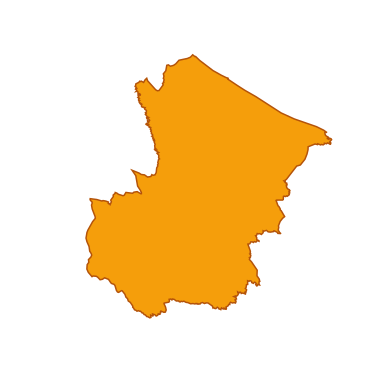 Lamae, Chumphon, Thailand, rotated 307°
{"feature_id": "78962969B32380434667170", "entity_name": "Lamae", "entity_type": "district", "adm_level": 2, "iso_a3": "THA", "parent_name": "Thailand", "parent_adm1": "Chumphon", "projection": "equal_earth", "projection_center": [99.012, 9.761], "detail": "fine", "context": "isolated", "style": "filled", "palette": "amber", "viewbox_px": 384, "rotation_deg": 307, "n_neighbors": 0, "source": "geoboundaries", "source_scale": "gbopen_adm2", "svg_char_len": 6034}
<svg xmlns="http://www.w3.org/2000/svg" viewBox="0 0 384 384"><g transform="rotate(307 192 192)"><path d="M301.9,112.9L302.0,110.0L298.7,109.6L295.8,107.9L289.4,102.3L284.5,101.9L282.0,101.0L279.5,99.1L279.3,96.6L278.0,95.6L273.1,98.1L269.1,98.0L267.6,99.9L265.4,100.8L265.2,101.8L264.6,102.3L262.7,103.0L262.5,103.5L261.0,103.1L260.2,104.5L253.2,104.6L252.0,103.4L251.8,101.4L254.1,89.6L255.6,87.4L253.5,87.0L250.4,87.4L250.0,84.8L249.3,84.6L249.1,83.6L247.5,83.5L244.6,82.1L242.4,83.2L242.4,82.4L242.0,83.3L242.1,84.6L240.5,84.9L240.9,85.4L240.2,85.3L240.3,86.1L239.8,86.9L238.6,86.8L239.3,87.4L239.4,88.6L237.6,90.1L238.3,90.0L238.8,90.7L238.2,91.0L238.9,91.5L238.7,92.2L238.2,92.4L237.5,91.3L236.8,91.2L235.5,92.5L234.9,92.1L234.8,93.8L234.1,93.5L233.2,94.0L233.0,94.4L233.4,95.2L232.6,95.2L231.9,95.8L231.9,98.5L231.3,97.9L231.2,99.3L230.2,99.9L229.8,101.1L230.7,102.5L230.4,103.2L231.0,103.8L230.1,103.9L229.7,104.5L229.7,106.5L228.3,107.5L227.3,107.1L227.0,108.3L226.0,108.0L225.2,111.1L225.4,112.1L224.1,111.0L223.7,111.4L224.2,113.1L223.8,115.0L222.2,115.2L222.4,113.4L221.6,114.1L221.1,115.5L220.2,115.1L219.7,115.6L219.4,114.4L218.9,114.4L219.4,116.3L218.4,115.5L218.7,118.7L217.9,119.0L218.6,120.3L216.9,121.1L216.9,122.3L215.7,122.5L215.4,123.6L214.2,124.4L214.1,125.9L213.3,126.6L212.5,126.4L212.7,127.1L212.2,127.2L212.0,128.3L210.9,128.7L211.4,129.9L210.9,130.7L210.5,130.1L210.0,130.2L209.8,131.6L209.2,131.7L207.7,134.0L206.7,134.2L205.0,135.8L204.8,137.1L204.5,137.1L204.5,136.5L203.6,136.3L203.1,137.9L204.3,138.6L203.3,139.5L203.5,141.6L201.9,140.7L201.4,143.3L199.3,144.7L198.9,146.1L197.9,145.7L194.9,147.0L194.4,147.9L192.8,148.2L192.3,149.0L190.0,149.3L186.0,151.7L183.4,152.1L181.8,150.7L181.7,149.5L179.6,149.8L177.2,147.5L177.1,143.8L175.4,140.8L175.3,138.5L173.3,131.1L171.2,137.3L164.0,145.0L162.3,149.6L161.2,151.8L160.2,152.6L159.8,152.2L159.3,148.0L156.9,145.7L155.2,145.3L151.9,139.5L148.5,139.8L147.5,139.1L145.9,134.7L145.9,132.7L145.4,131.0L144.6,131.4L142.1,130.9L141.0,131.9L136.6,132.0L135.7,133.5L132.6,134.2L132.9,133.0L132.5,132.7L132.5,131.9L133.7,131.3L132.9,128.7L131.6,126.1L130.6,125.5L128.7,120.5L125.4,114.7L124.7,115.1L124.2,115.9L123.9,118.1L123.0,119.0L121.1,119.6L118.4,122.5L114.0,129.5L112.8,130.6L108.4,130.5L98.9,131.8L96.4,132.5L91.4,135.1L89.1,138.0L86.5,142.6L83.2,145.9L82.1,148.7L81.2,149.9L79.2,150.4L75.7,150.0L73.7,151.9L70.9,152.0L67.2,154.4L65.4,157.6L64.2,163.1L65.4,163.6L67.1,166.3L67.2,168.0L66.6,171.4L68.4,173.0L70.9,173.9L72.0,177.9L70.6,181.9L70.6,183.2L71.3,185.1L71.0,186.7L67.9,190.9L67.3,192.7L67.7,193.8L70.8,195.1L71.1,195.7L69.9,200.1L68.3,202.4L68.0,204.7L66.6,206.7L66.7,209.1L65.9,211.5L65.2,213.4L64.3,214.0L64.1,215.3L63.3,217.0L63.8,218.4L63.7,219.8L65.0,220.6L65.1,221.6L65.8,222.7L65.4,224.9L65.9,225.5L65.3,227.6L65.8,228.7L65.3,230.8L65.8,231.6L66.1,234.0L67.1,234.7L68.8,233.1L69.3,235.2L69.8,235.4L70.9,234.0L71.6,236.2L71.4,238.0L72.8,238.8L74.4,238.4L74.6,239.5L75.2,240.0L75.9,239.5L76.8,239.7L77.3,238.9L78.2,238.8L79.0,242.0L80.1,243.0L82.2,242.4L84.2,240.1L86.0,236.8L86.5,236.6L90.1,239.8L91.3,239.7L92.5,238.3L93.7,239.4L93.7,240.9L94.7,240.7L95.5,242.3L95.5,245.0L97.0,247.0L96.7,247.7L97.0,248.7L98.2,249.1L98.7,250.4L99.9,251.2L100.3,253.7L101.2,255.3L101.9,258.2L103.5,259.9L104.4,261.8L105.3,262.2L105.6,263.4L106.0,263.3L106.2,264.5L106.7,264.7L107.3,265.8L108.7,265.9L110.1,267.0L110.4,269.0L112.1,270.2L113.0,271.6L113.2,276.9L112.0,278.6L112.6,278.8L112.6,280.0L113.2,281.2L115.2,281.5L115.3,282.7L114.8,284.1L115.3,284.8L115.4,285.8L117.2,285.3L117.3,287.2L117.9,288.0L118.5,287.5L118.8,288.6L118.5,289.1L118.9,289.8L119.8,289.5L120.6,288.4L122.7,289.3L124.3,289.0L124.9,289.9L125.9,289.1L127.1,289.1L127.7,291.1L129.2,292.4L129.3,293.4L129.9,293.5L131.4,292.8L131.5,291.7L132.0,291.2L133.3,291.9L133.9,291.1L134.2,290.4L133.7,288.4L135.3,289.4L135.6,290.2L136.8,290.6L139.0,290.3L139.2,289.1L139.7,288.6L139.8,290.3L140.7,290.4L141.2,291.1L140.6,292.4L141.4,292.8L142.1,294.0L142.8,296.7L142.9,295.0L144.0,295.4L144.0,294.6L145.6,295.0L146.8,294.4L147.1,292.6L148.2,292.7L150.8,291.3L151.7,292.1L154.6,289.8L155.0,291.3L156.0,291.6L156.4,292.5L156.3,293.5L155.6,294.2L156.0,296.0L157.6,296.2L157.9,297.1L157.4,298.6L156.5,298.5L155.9,300.1L156.3,300.5L157.7,300.3L158.4,301.9L159.1,300.6L160.9,299.5L161.4,299.9L162.9,298.1L164.2,294.3L168.8,291.1L172.1,281.4L172.6,278.5L173.7,278.1L174.2,277.3L175.0,277.9L176.9,277.0L177.3,275.4L178.1,275.8L178.8,274.8L179.8,274.3L184.0,268.0L185.4,269.3L187.6,269.0L188.5,270.3L188.6,271.4L189.9,271.6L190.5,273.2L192.5,273.4L193.0,275.1L193.4,274.7L192.9,272.3L194.4,271.3L195.4,269.1L196.0,269.7L198.1,269.1L198.4,270.1L199.5,271.1L199.9,273.0L202.3,273.3L203.8,272.2L203.9,272.9L206.2,274.6L206.0,276.8L207.2,278.8L209.5,281.0L210.0,280.7L210.5,281.1L211.1,284.2L210.6,285.5L212.0,287.6L212.3,287.6L212.4,286.4L213.5,283.7L215.9,282.6L217.0,281.4L221.6,280.1L225.6,280.2L228.1,280.8L230.7,274.6L230.8,273.4L231.8,272.3L232.7,270.1L232.8,268.9L235.9,264.2L236.5,264.5L240.1,269.2L240.9,269.4L243.5,267.7L244.1,268.0L244.7,269.5L245.8,269.9L246.0,270.7L248.4,271.3L249.0,270.4L250.1,270.6L250.5,268.8L250.7,269.5L251.0,269.1L251.9,269.5L252.4,268.4L252.1,266.9L252.5,265.0L254.1,263.3L254.4,263.7L255.3,263.3L255.5,262.3L256.0,262.3L255.7,260.7L256.2,259.1L256.6,260.0L257.6,259.3L258.8,259.8L275.7,260.0L278.8,262.3L286.1,262.5L291.5,261.0L295.6,259.2L298.0,257.5L304.4,261.4L305.4,263.7L306.2,263.4L307.0,266.4L307.8,266.7L308.6,268.4L309.9,268.8L310.6,268.4L311.5,270.4L312.7,270.6L313.0,271.9L313.4,272.0L313.1,273.0L313.5,273.8L314.7,273.4L315.0,271.8L317.8,272.0L318.2,271.1L317.8,269.5L316.4,269.6L316.1,267.9L316.4,267.7L317.2,268.3L317.8,267.8L317.5,265.6L317.8,264.1L319.5,262.2L320.2,262.2L320.7,264.1L320.6,259.9L319.1,252.1L311.9,229.7L308.8,215.7L306.6,185.6L305.0,172.9L304.3,163.4L303.7,152.6L304.2,152.1L304.5,153.1L304.6,152.1L304.0,150.8L302.9,145.2L301.6,135.7L301.7,119.1L302.4,113.3L301.9,112.9Z" fill="#f59e0b" stroke="#b45309" stroke-width="1.5"/></g></svg>